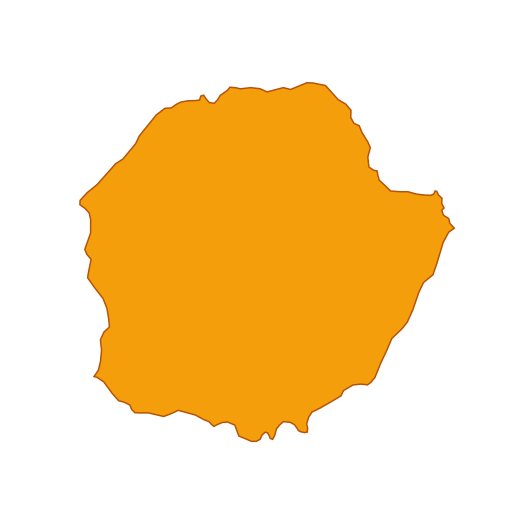 San Antonio, Canelones, Uruguay (Natural Earth projection), rotated 195°
{"feature_id": "84410073B59518744288297", "entity_name": "San Antonio", "entity_type": "district", "adm_level": 2, "iso_a3": "URY", "parent_name": "Uruguay", "parent_adm1": "Canelones", "projection": "natural_earth1", "projection_center": [-56.083, -34.423], "detail": "fine", "context": "isolated", "style": "filled", "palette": "amber", "viewbox_px": 512, "rotation_deg": 195, "n_neighbors": 0, "source": "geoboundaries", "source_scale": "gbopen_adm2", "svg_char_len": 2077}
<svg xmlns="http://www.w3.org/2000/svg" viewBox="0 0 512 512"><g transform="rotate(195 256 256)"><path d="M71.7,334.2L77.2,337.7L79.6,342.1L85.4,343.8L88.5,348.3L86.8,351.0L90.2,354.8L91.3,359.9L95.5,362.1L98.1,365.2L99.8,365.2L100.4,361.8L102.7,359.9L109.4,358.4L117.1,357.3L125.9,357.4L133.0,355.5L142.7,353.6L149.9,357.6L156.6,361.1L159.4,365.9L161.1,369.6L164.6,369.2L169.9,371.2L171.5,375.1L173.6,380.6L173.6,390.2L177.4,395.0L185.3,402.4L190.1,408.6L195.8,409.5L200.3,414.3L202.0,421.4L209.0,426.1L217.1,428.3L225.4,433.7L233.1,438.7L238.2,438.3L245.5,437.9L251.7,436.5L265.7,425.8L273.2,425.7L287.7,417.4L295.6,418.6L304.5,417.3L314.4,413.4L318.9,413.3L324.8,412.3L326.7,408.3L332.1,401.9L333.4,397.2L335.9,392.7L340.8,392.1L345.1,395.0L348.2,397.8L350.7,396.2L350.9,392.0L355.4,390.2L361.6,388.4L368.2,385.4L372.1,382.0L376.2,377.1L382.2,375.1L388.9,366.4L394.0,354.8L399.8,341.8L401.3,333.4L409.6,315.3L415.5,308.7L428.0,283.8L435.4,273.6L440.3,264.2L439.4,260.0L433.5,257.7L428.3,254.4L425.1,248.3L421.7,235.3L423.1,218.1L419.9,213.9L414.4,210.1L413.6,196.8L413.0,191.4L403.9,183.8L392.7,175.3L386.4,166.8L381.7,156.4L379.2,149.4L383.1,143.4L384.6,134.8L380.9,125.4L378.9,113.8L378.7,104.8L381.3,97.6L378.4,97.7L370.4,95.0L359.4,86.1L351.1,80.6L345.7,80.7L339.3,79.4L336.4,75.6L332.5,73.3L327.4,74.4L319.4,76.6L303.6,77.1L296.2,82.5L291.2,86.8L273.2,86.7L264.4,84.5L258.4,83.8L255.6,81.9L252.5,80.5L250.3,82.7L245.6,86.4L240.6,88.3L232.7,87.2L225.9,77.6L219.2,76.8L212.4,75.8L207.9,77.0L204.6,80.0L203.8,84.7L201.4,88.3L199.0,88.1L196.6,85.6L195.1,83.5L192.5,83.2L191.5,87.5L191.5,94.1L189.7,98.5L186.7,103.1L179.9,104.2L175.2,103.0L171.9,100.4L169.8,98.3L167.0,97.8L163.3,98.0L160.9,99.2L161.6,103.3L163.6,106.8L163.4,113.9L161.6,119.7L154.7,125.7L145.5,134.9L137.7,142.9L136.7,148.6L129.0,156.5L121.9,159.3L117.7,160.0L114.9,160.4L112.4,163.6L109.7,169.3L107.8,185.0L105.5,197.2L103.5,211.3L96.0,223.8L92.8,231.1L90.6,244.5L89.3,263.2L87.3,273.8L80.2,283.7L79.4,295.9L78.7,317.7L76.0,328.9L71.7,334.2Z" fill="#f59e0b" stroke="#b45309" stroke-width="1.5"/></g></svg>